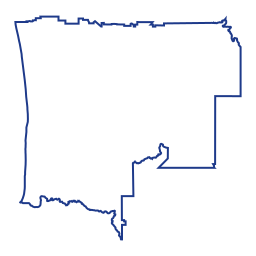 Harvey, Western Australia, Australia
{"feature_id": "25037944B91209319772795", "entity_name": "Harvey", "entity_type": "district", "adm_level": 2, "iso_a3": "AUS", "parent_name": "Australia", "parent_adm1": "Western Australia", "projection": "robinson", "projection_center": [115.844, -33.15], "detail": "fine", "context": "isolated", "style": "outline", "palette": "blue", "viewbox_px": 256, "rotation_deg": 0, "n_neighbors": 0, "source": "geoboundaries", "source_scale": "gbopen_adm2", "svg_char_len": 5692}
<svg xmlns="http://www.w3.org/2000/svg" viewBox="0 0 256 256"><path d="M228.8,26.9L227.8,26.7L226.2,26.8L225.1,26.6L223.5,26.8L223.1,26.6L222.8,26.2L222.8,25.8L223.2,25.5L224.3,25.4L225.3,24.1L225.9,23.6L226.1,23.2L226.2,22.5L226.2,21.1L226.1,20.7L225.4,19.9L225.5,18.8L225.1,19.3L224.4,19.8L223.9,20.6L223.2,20.5L222.8,20.7L222.4,20.6L222.1,20.9L222.1,21.2L222.3,21.8L222.3,22.3L221.2,22.5L221.0,22.4L220.8,22.5L219.9,22.2L219.3,22.3L219.1,22.5L218.0,22.6L216.8,23.2L216.4,23.1L216.1,23.1L215.7,22.9L215.1,22.9L214.9,23.1L214.2,23.0L213.7,22.7L213.6,22.9L213.2,23.0L212.0,22.9L211.1,22.9L164.0,23.4L164.0,25.5L155.3,25.3L155.3,26.6L152.9,26.6L152.9,24.6L150.8,24.6L151.4,24.0L151.9,22.8L152.5,22.1L139.4,22.1L137.3,22.0L137.3,24.6L135.2,24.6L135.2,26.5L133.8,26.5L133.8,25.9L133.3,24.6L132.1,23.7L131.7,23.5L131.0,23.6L130.6,23.9L130.6,25.9L124.2,25.9L124.2,24.5L117.0,24.4L116.9,24.1L114.3,23.9L111.6,24.0L111.5,24.5L103.8,24.4L103.8,22.9L101.6,23.0L101.6,26.5L101.1,26.5L95.0,21.2L93.6,22.3L93.6,23.3L89.1,23.3L88.9,22.0L88.4,21.3L88.0,19.9L83.0,19.9L83.0,18.5L78.6,18.5L78.6,23.7L65.4,23.7L65.4,20.5L58.5,20.5L58.5,16.6L40.4,16.6L40.7,18.2L35.8,18.2L35.8,20.2L34.7,20.1L34.0,20.4L32.9,20.4L32.9,21.1L32.5,21.4L30.6,21.4L29.8,21.0L28.3,21.3L26.8,21.3L27.1,22.0L15.4,22.0L15.6,24.5L16.3,28.2L18.1,35.9L19.1,41.0L19.8,43.9L21.6,54.1L21.8,56.8L24.7,79.7L25.7,89.2L26.2,96.7L27.2,105.5L27.4,107.7L27.4,109.1L27.8,114.1L27.9,119.0L27.8,121.9L26.4,127.5L26.4,132.0L25.5,140.5L25.7,143.2L25.6,145.8L25.6,147.1L25.4,149.1L25.5,150.8L25.5,152.6L25.6,154.2L25.7,160.2L25.6,164.7L25.1,172.1L25.1,174.5L24.8,176.0L24.8,186.7L24.7,188.9L24.1,193.7L23.7,195.4L22.8,198.2L21.7,200.7L21.0,202.1L20.7,202.4L20.4,202.2L20.3,202.4L20.8,202.6L21.1,202.3L22.1,202.5L22.9,203.1L28.9,203.1L29.7,203.8L30.6,205.4L31.2,205.7L31.7,205.6L32.6,206.4L33.4,206.8L34.8,207.2L36.0,207.0L37.5,207.1L38.4,206.9L39.3,206.4L40.0,205.6L40.4,205.0L40.6,203.4L40.7,201.3L41.0,200.2L40.4,198.1L40.4,197.3L41.0,196.5L41.3,196.2L42.0,196.2L43.4,196.5L44.2,196.5L44.6,196.6L45.1,197.2L45.5,197.8L47.1,198.8L47.2,199.4L47.1,200.8L47.2,201.0L47.8,201.1L48.6,201.0L49.8,200.3L50.7,200.2L50.9,199.8L50.9,198.9L51.1,198.6L51.5,198.4L52.0,198.4L52.2,198.5L52.3,198.9L52.2,199.9L52.4,200.1L52.8,200.3L53.4,200.1L54.2,199.4L55.5,198.9L56.4,198.8L56.9,199.5L57.4,199.7L58.4,199.3L58.7,198.8L58.9,198.7L59.4,199.0L59.8,199.8L59.9,200.5L59.7,201.5L59.9,201.8L60.1,201.9L62.1,201.7L62.8,203.0L64.8,203.5L66.1,205.3L66.3,205.2L66.9,204.8L67.2,205.1L67.4,205.0L67.7,204.6L67.8,204.1L68.5,203.8L68.5,203.0L68.9,202.8L68.4,202.0L68.8,201.7L69.6,201.4L69.8,201.2L71.1,201.5L71.3,201.4L71.2,201.2L71.3,201.1L71.7,201.4L72.1,201.3L72.2,201.7L72.3,201.8L72.9,201.5L73.2,201.0L73.5,201.2L73.8,201.2L74.1,200.7L74.9,200.8L75.3,201.2L75.2,201.7L75.9,201.8L76.6,202.2L77.0,201.7L77.8,201.6L78.1,201.0L78.5,201.4L79.0,201.0L79.4,201.6L80.0,201.8L80.3,201.8L81.2,202.6L81.8,202.9L81.9,203.1L81.7,203.6L81.8,203.8L82.7,204.3L83.2,204.3L84.1,205.6L84.7,206.1L85.6,206.4L86.5,207.8L87.6,208.8L88.3,209.2L88.8,209.4L89.6,209.4L89.9,209.6L90.0,210.0L91.9,209.9L93.4,210.2L94.2,210.2L95.4,210.6L97.8,210.5L98.5,210.8L98.7,211.3L99.3,211.5L100.7,210.9L102.0,212.2L103.3,212.8L103.7,212.7L104.4,211.7L104.7,211.8L105.3,211.4L105.8,211.4L106.7,211.9L106.9,212.3L107.6,213.1L108.1,213.3L109.1,213.2L109.6,213.0L110.4,212.0L110.9,211.5L111.7,211.4L112.3,211.0L113.2,211.1L114.5,210.7L114.8,210.9L114.8,211.7L114.2,213.6L114.5,214.0L115.3,214.3L115.3,214.8L115.0,215.6L113.9,216.1L113.7,216.5L113.6,217.3L113.1,218.1L112.3,218.6L111.9,219.1L111.8,219.9L111.9,220.4L111.9,220.9L112.1,221.4L112.4,221.6L112.6,221.5L112.6,221.8L112.5,222.1L112.0,222.5L111.8,223.0L112.0,223.6L113.7,225.3L114.0,225.8L115.5,227.5L115.5,227.9L115.4,228.1L115.5,228.6L115.9,229.5L117.1,230.5L117.5,231.5L117.8,231.7L118.6,231.9L118.9,232.2L119.4,233.5L119.3,234.3L119.0,235.3L119.1,235.7L119.9,236.3L120.4,237.1L120.9,238.4L120.9,239.2L121.0,239.4L121.9,239.4L122.0,239.4L122.0,224.9L125.6,224.9L125.6,221.3L124.1,221.3L124.1,220.1L121.9,220.1L121.8,196.1L133.4,196.1L132.9,163.2L133.2,162.8L134.0,162.7L134.9,161.7L135.1,162.1L136.0,162.5L136.8,163.2L137.2,163.3L137.9,163.0L138.5,163.3L138.8,163.1L139.6,163.0L140.1,162.7L140.3,162.4L140.8,162.3L141.2,161.4L141.5,161.1L142.3,160.6L142.7,160.7L143.7,160.5L143.9,160.3L144.4,159.3L145.8,158.7L147.3,158.2L147.9,157.4L148.2,157.3L148.7,157.4L149.4,157.2L149.5,157.3L149.8,158.0L150.3,158.1L150.8,158.6L151.1,158.6L151.6,158.3L152.2,158.8L152.5,158.0L152.8,157.8L154.5,157.5L155.6,157.7L156.1,157.5L156.8,156.2L157.2,156.2L157.4,156.0L157.6,155.6L158.0,155.6L158.1,155.2L158.3,155.0L158.3,154.6L158.4,154.3L159.0,154.3L159.4,154.7L159.7,154.6L160.0,154.4L160.1,154.2L160.5,154.1L161.1,153.1L161.0,152.7L160.6,152.3L160.3,151.8L160.0,151.4L160.0,150.6L159.7,149.3L159.7,149.0L159.4,148.4L159.3,147.5L160.1,146.3L160.3,144.9L160.6,144.1L161.0,143.9L161.5,143.9L162.9,144.6L163.0,144.8L162.9,145.4L163.0,145.8L163.4,146.4L163.8,146.7L166.1,147.6L167.9,147.9L167.8,158.5L158.6,167.8L214.3,167.8L214.1,167.6L214.0,165.6L213.1,164.1L215.1,164.0L215.2,96.1L240.6,96.2L240.6,47.0L239.7,46.1L239.7,45.9L238.8,44.9L238.7,44.3L238.9,43.7L238.8,43.1L238.6,42.7L238.3,42.6L238.0,42.4L237.0,40.3L237.0,39.6L237.1,39.4L236.9,38.6L236.0,38.3L234.6,38.0L233.9,38.6L234.2,39.8L233.9,40.9L233.5,41.2L233.0,41.2L232.5,40.7L231.6,38.4L231.7,37.8L231.6,37.0L231.9,36.1L231.7,35.0L231.0,33.6L230.7,33.6L230.5,33.4L230.2,32.6L230.2,32.3L229.9,31.6L229.7,31.4L229.2,31.4L228.8,31.2L228.3,30.5L228.4,30.2L228.4,29.9L228.8,29.9L229.4,29.5L229.6,29.0L230.2,28.1L230.8,27.7L230.9,27.3L230.7,26.9L230.4,26.8L228.8,26.9Z" fill="none" stroke="#1e3a8a" stroke-width="2"/></svg>